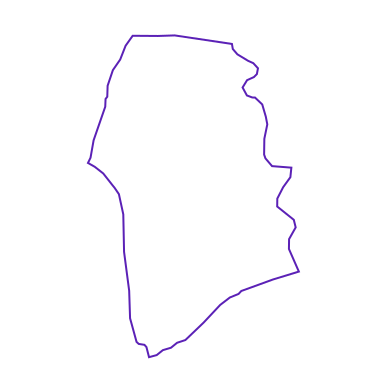 the district of Santiago Sacatepéquez, Sacatepéquez, Guatemala, rotated 265°
{"feature_id": "79465075B66116547115808", "entity_name": "Santiago Sacatepéquez", "entity_type": "district", "adm_level": 2, "iso_a3": "GTM", "parent_name": "Guatemala", "parent_adm1": "Sacatepéquez", "projection": "mercator", "projection_center": [-90.681, 14.641], "detail": "fine", "context": "isolated", "style": "outline", "palette": "violet", "viewbox_px": 384, "rotation_deg": 265, "n_neighbors": 0, "source": "geoboundaries", "source_scale": "gbopen_adm2", "svg_char_len": 972}
<svg xmlns="http://www.w3.org/2000/svg" viewBox="0 0 384 384"><g transform="rotate(265 192 192)"><path d="M352.8,146.5L343.5,138.6L330.2,132.0L320.3,123.8L305.2,117.2L294.3,115.9L292.2,114.0L284.5,113.0L252.1,98.5L235.0,93.9L230.0,90.9L225.6,97.3L218.2,105.2L205.5,113.5L203.0,115.2L196.2,119.0L175.7,121.6L138.3,119.1L99.1,120.8L71.6,119.3L47.5,123.7L45.3,125.7L43.9,131.3L41.5,133.1L31.2,134.8L32.6,142.6L37.0,149.2L38.7,157.5L43.1,164.0L45.1,172.5L60.9,192.2L77.1,210.3L83.6,220.5L86.4,229.5L89.1,232.5L97.8,265.1L103.4,291.5L126.8,283.6L136.6,284.6L147.7,292.2L155.4,291.0L170.1,275.6L178.0,276.4L188.8,283.2L198.2,291.3L207.6,293.1L210.8,274.0L219.1,268.1L223.0,267.1L238.7,268.7L252.8,272.9L260.6,272.1L273.1,269.6L280.6,263.0L280.9,260.3L283.4,255.1L291.7,251.5L298.6,256.6L301.1,263.7L303.8,266.9L309.5,268.5L315.0,264.3L317.8,259.3L325.2,249.2L330.9,245.1L336.0,244.7L349.5,188.4L350.4,171.7L352.8,146.5Z" fill="none" stroke="#5b21b6" stroke-width="2"/></g></svg>